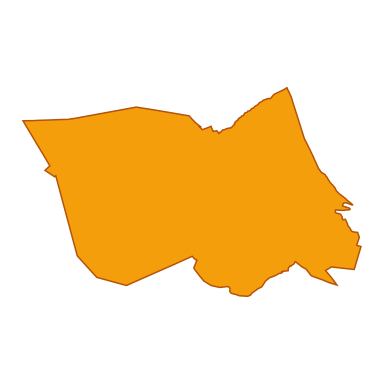 Laarbeek, Noord-Brabant, Netherlands
{"feature_id": "6326949B42737315583657", "entity_name": "Laarbeek", "entity_type": "district", "adm_level": 2, "iso_a3": "NLD", "parent_name": "Netherlands", "parent_adm1": "Noord-Brabant", "projection": "robinson", "projection_center": [5.634, 51.532], "detail": "fine", "context": "isolated", "style": "filled", "palette": "amber", "viewbox_px": 384, "rotation_deg": 0, "n_neighbors": 0, "source": "geoboundaries", "source_scale": "gbopen_adm2", "svg_char_len": 5842}
<svg xmlns="http://www.w3.org/2000/svg" viewBox="0 0 384 384"><path d="M354.2,269.5L361.0,246.5L358.5,245.9L357.0,245.4L356.7,245.1L358.5,239.9L359.3,237.4L358.8,235.8L358.6,235.2L357.7,232.8L357.7,232.5L357.3,232.3L355.3,232.2L353.2,231.8L352.2,231.4L351.5,231.1L351.2,230.7L350.9,230.0L350.7,229.7L350.2,228.4L349.6,227.7L348.2,226.0L348.0,225.7L347.8,225.3L347.6,224.5L347.4,224.0L346.7,222.1L345.9,220.5L345.4,219.3L342.9,219.7L342.7,219.6L342.5,219.4L342.3,219.1L342.4,218.4L342.2,217.1L341.3,215.4L340.5,214.1L340.2,214.0L336.3,213.1L335.9,212.8L335.6,212.4L335.4,212.4L335.4,210.8L335.5,210.8L335.6,210.1L335.9,209.8L336.3,209.9L336.9,210.0L337.3,210.1L338.8,210.1L339.1,210.2L339.6,210.2L342.2,210.4L344.2,210.3L344.8,210.3L345.1,210.1L345.7,210.0L346.5,209.9L348.8,209.9L349.5,209.7L350.1,209.2L350.0,208.8L349.6,208.2L342.6,206.0L342.7,205.5L342.8,204.4L343.0,204.0L343.9,203.1L344.1,202.9L345.0,202.8L345.8,202.9L346.2,202.9L347.9,203.4L349.5,204.0L351.7,204.9L352.3,205.0L352.6,204.8L352.2,204.4L352.0,204.2L351.9,204.1L351.5,203.9L351.3,203.7L351.0,203.3L350.9,203.2L350.4,202.8L347.7,200.7L346.8,199.9L345.9,198.9L344.7,197.9L343.7,197.2L342.8,196.4L342.2,196.1L341.8,195.6L341.5,195.4L340.6,194.8L340.3,194.5L339.7,194.1L338.9,193.6L338.6,193.2L338.0,192.4L337.8,192.2L337.3,191.8L336.8,191.4L336.4,190.9L336.2,190.3L335.6,189.3L334.5,187.1L334.4,187.0L333.8,186.5L333.3,186.0L333.1,185.8L332.6,184.9L332.4,184.8L331.5,184.0L331.3,183.8L331.2,183.7L331.0,183.3L330.9,183.1L330.2,182.6L329.9,182.4L329.8,182.2L329.4,181.2L329.1,180.7L328.6,180.1L328.4,179.8L327.9,178.9L327.3,177.7L327.0,177.3L326.9,177.2L326.6,176.8L326.1,176.3L325.8,175.9L325.7,175.6L325.5,175.1L324.5,174.2L324.2,174.0L323.7,173.8L322.9,173.4L322.8,173.1L322.6,173.0L321.9,172.8L321.6,172.6L321.3,172.2L320.3,170.9L319.4,169.6L319.1,169.1L318.7,168.9L316.9,164.7L314.6,159.8L313.9,158.1L310.0,149.8L309.1,148.0L308.1,146.1L307.4,144.5L304.5,138.9L304.1,137.8L299.6,123.6L296.7,114.5L293.8,105.3L293.1,103.2L292.4,100.8L292.0,99.4L291.0,96.5L290.2,94.7L288.2,90.3L287.8,90.0L287.3,88.8L287.4,88.6L287.3,88.2L286.9,87.7L284.9,89.0L283.9,89.6L275.6,93.6L274.4,94.2L274.0,94.5L273.2,95.2L270.6,98.5L269.7,98.6L268.7,98.5L267.7,98.6L267.3,98.7L266.7,98.9L266.5,99.0L265.9,99.4L265.6,99.5L264.9,99.6L264.4,99.9L263.8,100.0L263.4,100.2L263.0,100.4L262.8,100.7L262.1,101.3L261.5,101.7L259.5,102.6L258.6,103.7L257.7,104.8L257.4,105.0L256.2,105.5L255.7,105.9L254.9,106.3L254.6,106.5L254.4,106.9L254.1,107.5L253.9,107.8L253.5,108.0L252.1,108.3L251.8,108.4L251.1,109.4L250.4,110.1L250.0,110.6L248.8,111.0L248.0,111.0L247.9,111.1L247.7,111.3L247.5,112.0L247.4,112.0L246.6,112.4L245.5,112.7L245.1,112.9L244.7,113.2L244.5,113.5L244.0,114.5L243.7,115.2L243.7,115.3L243.0,115.6L242.1,115.8L241.8,116.0L241.0,116.8L240.9,117.0L240.7,117.4L240.6,117.5L239.7,117.7L239.3,117.9L238.8,118.7L238.7,118.9L238.2,119.0L237.9,119.3L237.7,120.2L237.7,120.4L237.6,120.5L237.4,120.6L236.4,121.0L236.2,121.1L235.7,121.6L235.5,121.9L235.2,122.5L234.9,122.7L234.8,122.8L234.7,123.1L234.6,123.4L234.5,123.5L234.3,123.9L234.4,124.1L234.5,124.3L234.6,124.5L233.9,125.0L233.3,125.4L232.6,126.3L231.2,127.7L230.9,127.9L229.9,127.9L228.9,128.2L228.3,128.4L227.8,128.3L227.6,128.4L226.5,128.7L225.8,129.1L224.5,129.6L224.3,129.7L223.6,129.8L222.8,129.9L222.7,129.9L222.6,130.0L222.6,130.3L222.2,130.6L221.8,130.9L221.6,131.3L221.5,131.7L221.4,131.8L221.2,131.9L219.8,132.3L219.8,132.6L219.3,133.0L219.2,133.2L219.0,133.5L218.9,133.5L218.7,133.5L217.6,131.6L217.3,131.5L216.9,130.9L216.8,130.7L214.1,131.3L213.4,131.4L213.1,130.6L212.8,130.7L212.2,129.3L211.8,128.4L211.1,126.3L208.8,127.3L203.7,129.2L202.3,129.7L200.8,128.1L199.4,126.8L200.4,126.6L195.4,122.6L195.1,122.3L191.3,118.3L189.2,115.9L185.4,115.2L184.4,115.1L180.7,114.5L180.7,114.4L157.0,110.4L136.3,107.1L80.5,117.3L78.6,117.7L72.2,118.8L72.2,118.7L68.1,119.4L61.9,119.5L49.4,120.0L39.4,120.3L33.9,120.6L27.1,120.7L23.0,120.8L33.0,137.6L45.0,157.6L49.8,165.8L46.4,169.1L45.0,170.4L54.7,176.8L55.8,175.8L73.4,241.5L75.7,250.0L76.1,251.4L77.3,255.9L92.4,272.6L96.9,277.4L126.5,285.5L133.6,282.3L170.3,266.1L170.7,266.0L190.1,257.2L192.2,256.3L193.6,257.8L194.2,258.6L194.6,258.7L195.0,259.2L195.7,259.8L195.9,259.8L196.1,259.7L196.1,259.8L196.9,260.4L194.1,267.1L193.9,267.6L194.0,268.1L194.0,268.3L194.2,268.9L194.4,269.1L199.2,275.4L203.2,280.3L203.6,280.8L204.2,281.2L210.4,285.1L210.9,285.3L211.4,285.6L211.8,285.7L212.3,285.8L219.0,287.3L219.6,287.4L220.2,287.4L227.1,286.6L227.5,286.6L228.2,286.7L228.8,287.0L229.2,287.3L229.4,287.5L229.7,288.0L229.9,288.5L229.9,289.0L229.8,290.6L229.8,291.0L229.9,291.6L230.2,292.1L230.4,292.4L230.8,292.8L231.1,293.0L231.4,293.3L232.4,293.6L235.3,294.4L236.4,294.7L237.7,295.1L239.2,295.7L239.5,295.7L240.1,295.8L247.8,296.3L248.0,296.2L250.4,295.1L250.8,294.8L251.5,293.8L252.0,293.1L252.4,292.8L253.1,292.3L257.5,289.1L257.9,288.8L260.2,287.7L261.0,287.2L261.6,286.9L261.8,286.8L262.0,286.5L264.7,282.4L265.2,281.4L265.4,281.2L268.5,278.6L269.8,277.6L270.0,277.5L270.5,277.3L271.9,277.1L272.0,277.0L273.1,276.3L273.3,276.2L273.7,276.2L275.5,275.5L278.8,273.7L279.9,273.2L280.1,273.2L280.4,273.3L280.6,273.3L281.1,273.1L281.9,272.7L282.3,272.5L282.5,272.3L282.0,271.7L281.9,271.6L282.2,271.4L288.2,270.7L288.3,268.7L288.5,268.1L288.7,267.8L288.8,267.5L289.5,266.4L289.7,266.2L289.8,266.2L290.6,266.3L290.8,266.3L291.1,266.1L291.2,265.9L291.2,265.7L291.4,265.5L291.8,265.2L293.0,264.6L294.0,263.8L294.3,263.5L294.4,263.3L294.8,262.2L294.9,261.8L295.3,261.8L295.5,261.7L301.7,266.7L302.7,267.3L305.3,268.7L306.1,269.2L306.7,269.9L310.6,275.0L311.4,275.8L312.5,276.3L322.3,279.8L328.4,282.3L329.1,282.6L336.9,285.0L335.4,282.9L333.6,280.5L332.5,279.0L330.8,276.8L329.1,274.8L325.5,270.5L331.5,266.9L332.0,267.0L334.4,267.3L354.2,269.5Z" fill="#f59e0b" stroke="#b45309" stroke-width="1.5"/></svg>